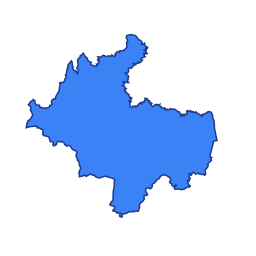 Dak Glong, Đắk Nông, Vietnam, rotated 315°
{"feature_id": "81297802B52664178073196", "entity_name": "Dak Glong", "entity_type": "district", "adm_level": 2, "iso_a3": "VNM", "parent_name": "Vietnam", "parent_adm1": "Đắk Nông", "projection": "mercator", "projection_center": [107.93, 12.03], "detail": "fine", "context": "isolated", "style": "filled", "palette": "blue", "viewbox_px": 256, "rotation_deg": 315, "n_neighbors": 0, "source": "geoboundaries", "source_scale": "gbopen_adm2", "svg_char_len": 5787}
<svg xmlns="http://www.w3.org/2000/svg" viewBox="0 0 256 256"><g transform="rotate(315 128 128)"><path d="M121.9,209.2L124.4,210.9L128.7,211.8L129.2,213.0L130.7,213.2L131.2,212.8L130.6,211.9L131.2,209.9L132.6,207.8L133.5,207.2L133.8,208.7L134.9,207.9L136.2,207.7L136.5,207.0L136.2,205.8L136.7,205.4L138.1,205.4L138.5,203.9L139.3,203.6L139.8,204.1L139.7,206.0L142.3,205.1L143.2,205.9L143.0,208.1L146.0,209.8L145.7,210.8L146.7,211.7L146.9,212.8L148.5,213.6L148.6,215.6L150.3,215.5L152.9,212.1L156.4,212.1L158.5,210.9L159.1,209.7L164.2,209.9L165.1,207.7L166.2,208.0L165.9,206.9L166.3,205.6L179.1,198.0L181.0,198.8L182.1,199.8L189.3,188.8L191.3,187.0L192.9,184.7L193.6,184.4L195.3,180.4L196.7,179.0L197.9,175.9L197.2,173.9L195.9,173.0L193.3,172.7L190.9,171.5L189.8,171.9L190.1,171.3L189.5,170.7L188.3,171.3L187.8,167.0L187.1,166.4L187.5,164.8L185.5,163.9L185.8,162.6L184.6,162.1L184.7,161.3L183.9,161.3L184.2,159.8L183.6,159.9L182.2,158.7L182.6,158.0L181.3,157.6L180.2,159.5L179.5,159.8L178.3,158.6L176.8,159.1L176.7,158.1L175.9,158.8L175.6,158.4L176.3,157.5L174.2,157.2L175.3,156.4L174.6,155.8L175.5,155.5L175.1,153.8L175.7,152.8L174.6,151.4L174.8,149.9L174.1,147.3L172.3,146.0L172.1,144.6L169.4,143.7L169.0,142.3L167.8,142.5L168.0,140.8L167.5,141.3L167.2,141.0L167.8,139.5L165.9,137.6L166.6,136.4L165.9,134.5L166.9,133.9L165.8,133.8L165.7,132.4L164.1,131.9L163.9,131.4L164.4,131.3L163.9,130.6L160.9,130.8L160.4,130.3L161.0,127.6L161.4,127.2L162.1,127.4L162.0,126.8L161.1,126.3L162.0,125.9L161.0,123.9L161.5,123.8L162.1,124.3L162.4,124.0L162.1,122.6L161.2,121.6L161.3,120.8L162.2,120.9L161.9,119.9L161.2,120.2L160.9,119.4L160.5,120.4L159.7,120.0L158.1,121.0L157.5,120.3L156.8,120.5L155.7,119.5L155.1,119.5L154.7,120.2L154.5,118.8L151.5,118.7L150.3,119.4L149.6,118.5L148.3,118.4L148.5,117.3L147.3,116.7L146.7,115.8L145.1,116.2L144.5,114.2L147.2,111.6L148.9,111.4L147.8,110.2L147.7,109.6L149.5,110.0L150.9,108.9L151.2,109.8L151.8,109.6L151.7,108.4L150.8,107.6L151.5,105.7L152.4,105.0L151.5,103.2L152.3,101.8L151.6,100.7L152.7,99.5L152.0,99.2L152.4,98.5L154.4,98.7L153.8,97.8L154.7,97.1L155.0,95.7L154.1,94.3L157.2,94.2L157.7,93.6L156.9,92.3L157.2,91.9L158.6,93.8L159.7,93.9L159.6,95.5L160.5,96.4L160.6,95.4L161.9,93.5L162.9,93.6L163.2,92.7L164.4,92.5L165.2,91.4L164.4,89.7L164.8,89.1L164.7,87.1L165.4,87.6L165.7,88.6L166.5,89.0L169.0,88.1L170.3,85.9L171.7,86.6L172.2,87.9L173.2,88.1L174.5,87.7L176.2,88.1L177.4,87.4L177.2,86.3L177.7,86.2L178.5,87.3L178.5,88.3L177.9,88.3L178.1,88.8L179.6,88.3L180.7,89.1L181.7,88.4L181.8,89.8L183.3,90.5L186.1,90.2L185.6,89.7L185.7,88.2L187.5,88.4L190.5,89.8L190.7,88.3L192.1,86.1L192.7,86.6L192.4,87.6L194.2,89.0L194.3,88.3L193.5,87.7L194.9,86.7L194.7,84.4L196.0,85.8L197.1,85.3L196.4,84.7L197.0,83.9L197.8,84.2L198.1,85.2L198.8,85.1L199.0,84.4L198.2,83.1L198.6,81.3L199.7,79.8L197.7,79.7L196.8,78.3L198.2,78.0L198.6,77.4L198.8,74.7L197.7,73.0L198.4,71.4L198.7,68.0L195.9,63.7L192.5,61.8L190.5,63.0L190.3,64.4L189.1,66.5L187.5,66.5L184.2,70.3L182.7,70.1L180.3,70.5L179.7,69.5L177.6,69.1L177.2,67.8L176.6,67.6L175.1,68.2L174.9,66.9L173.1,66.2L172.0,67.2L171.0,66.6L170.8,67.9L168.9,67.9L168.1,64.8L167.2,65.2L166.3,64.9L165.1,63.0L163.1,62.3L162.2,59.3L160.8,58.8L159.3,59.0L157.1,56.5L157.0,57.6L156.2,57.4L155.9,59.5L154.7,58.5L154.2,61.0L153.3,60.9L152.8,61.4L152.0,61.1L151.5,61.5L150.9,60.8L150.7,61.9L150.2,61.4L148.9,61.7L146.5,57.1L146.7,56.2L148.1,55.8L148.5,55.4L147.8,54.5L147.3,52.1L148.5,49.9L148.4,46.3L149.4,43.6L149.0,43.4L146.8,43.6L145.5,43.1L144.1,44.1L143.3,43.8L140.7,44.1L138.9,45.9L137.6,48.1L134.0,49.6L134.1,51.1L133.7,52.1L130.8,53.9L130.8,52.9L131.6,50.7L130.6,49.3L130.5,48.3L130.9,47.3L132.6,45.7L132.7,44.8L135.3,41.5L135.4,40.4L129.9,41.0L129.2,42.2L127.8,42.5L127.6,43.0L126.2,43.5L122.4,46.3L121.3,46.2L121.1,47.3L119.7,48.4L117.9,48.8L116.0,50.1L113.3,49.4L112.7,48.1L111.4,47.8L110.2,50.0L108.3,50.7L105.8,52.9L98.9,54.8L97.7,56.0L96.9,55.8L96.1,54.8L93.6,54.6L92.0,55.7L91.2,57.4L90.3,57.6L89.3,57.4L88.7,56.6L87.9,57.4L85.9,57.2L84.7,56.1L83.4,55.8L82.9,54.4L81.3,53.4L81.5,52.7L81.0,52.5L81.2,52.0L80.3,50.9L81.5,49.3L79.3,46.7L80.4,43.8L81.5,42.9L81.0,42.0L81.1,40.8L80.2,41.1L77.5,40.4L76.0,41.0L74.1,41.0L73.9,41.9L74.3,43.1L74.0,44.5L71.4,46.7L71.3,48.1L69.7,51.5L65.5,52.7L62.0,52.3L58.9,53.9L56.3,55.9L59.6,57.7L64.9,62.1L63.8,63.6L65.1,64.9L65.7,67.4L66.6,68.5L65.9,70.3L64.7,70.8L63.1,72.5L63.2,74.0L65.4,77.5L65.5,78.7L63.4,82.7L64.6,83.5L65.0,85.5L63.3,86.4L62.6,87.9L64.6,89.0L65.0,88.5L66.1,88.9L67.2,88.1L68.9,87.8L70.9,90.6L71.8,90.7L72.3,93.0L71.5,95.0L72.1,97.9L73.2,97.9L74.0,98.6L74.4,100.3L73.7,102.5L73.9,105.1L75.0,107.2L74.4,109.5L72.7,110.0L71.0,111.7L70.6,113.9L69.4,114.9L69.7,116.5L69.1,116.9L68.9,118.7L67.7,119.3L66.2,122.9L61.5,124.9L61.3,125.9L59.1,128.1L64.4,131.2L64.2,132.7L68.8,133.8L69.4,135.8L70.6,137.6L70.7,140.1L72.3,143.0L77.7,145.8L80.8,151.2L81.9,153.6L82.0,154.7L81.8,155.4L79.2,157.1L78.6,158.3L77.6,158.6L76.8,159.8L72.8,162.3L66.0,168.8L64.0,168.3L63.1,169.0L61.6,169.0L60.9,169.7L60.8,170.0L62.3,172.6L62.7,174.5L61.4,175.5L59.3,175.5L58.7,176.2L60.1,177.7L60.2,180.6L62.1,182.3L62.2,183.0L59.9,184.0L59.7,184.8L60.5,186.6L61.5,186.5L62.9,184.7L66.5,187.2L69.0,187.6L70.2,189.0L72.3,190.2L72.7,191.3L74.8,192.1L75.9,193.7L76.8,194.2L78.2,193.0L80.0,192.5L81.1,190.8L82.0,190.3L83.9,189.9L86.6,190.3L89.5,189.7L90.9,187.4L92.2,187.5L93.4,188.8L94.7,189.0L96.0,184.8L97.1,184.0L98.5,183.7L99.8,184.3L100.6,186.6L101.8,186.9L103.7,186.6L105.5,184.8L107.4,185.5L108.4,185.2L109.9,185.7L111.3,185.0L114.5,185.8L116.4,185.1L118.0,185.3L121.2,187.3L122.6,193.4L121.6,194.9L119.5,195.5L118.8,196.2L119.5,197.8L118.6,199.6L118.7,201.2L119.6,201.9L121.3,202.1L121.6,202.9L118.7,202.6L117.8,204.3L121.1,207.4L121.9,209.2Z" fill="#3b82f6" stroke="#1e3a8a" stroke-width="1.5"/></g></svg>